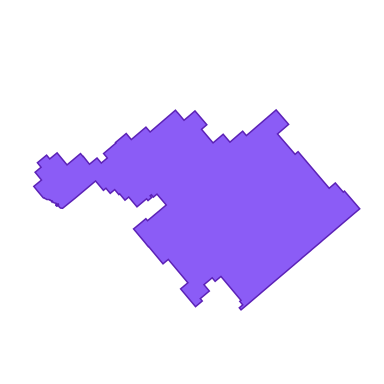 Leonora, Western Australia, Australia (Albers equal-area conic projection), rotated 140°
{"feature_id": "25037944B70988604830145", "entity_name": "Leonora", "entity_type": "district", "adm_level": 2, "iso_a3": "AUS", "parent_name": "Australia", "parent_adm1": "Western Australia", "projection": "albers", "projection_center": [121.72, -28.394], "detail": "fine", "context": "isolated", "style": "filled", "palette": "violet", "viewbox_px": 384, "rotation_deg": 140, "n_neighbors": 0, "source": "geoboundaries", "source_scale": "gbopen_adm2", "svg_char_len": 3269}
<svg xmlns="http://www.w3.org/2000/svg" viewBox="0 0 384 384"><g transform="rotate(140 192 192)"><path d="M230.2,70.2L227.8,70.2L222.6,70.2L210.8,70.3L187.1,70.5L166.9,70.6L152.6,70.7L151.1,70.7L150.1,70.8L147.7,70.8L145.2,70.8L144.2,70.8L142.8,70.8L141.8,70.8L140.3,70.8L139.3,70.8L136.8,70.9L135.9,70.9L135.4,70.9L134.9,70.9L133.9,70.9L131.4,70.9L128.5,70.9L126.0,70.9L123.1,71.0L120.6,71.0L120.3,71.0L120.1,71.0L82.7,71.3L74.3,71.3L74.6,94.7L76.2,94.7L76.4,106.8L84.5,106.7L84.5,109.3L84.6,121.1L84.8,154.2L84.8,154.7L86.4,154.7L87.2,154.6L88.8,154.6L89.2,181.5L74.5,181.7L74.6,188.6L74.8,200.5L74.8,200.8L96.4,200.5L97.2,200.5L110.1,200.3L114.1,200.3L114.1,206.0L118.4,206.0L130.9,205.8L131.0,216.2L144.3,216.1L144.4,233.9L137.4,234.0L137.6,252.2L146.0,252.1L150.4,252.1L152.0,252.1L152.0,261.2L152.1,262.8L152.1,264.4L152.1,265.3L185.5,264.9L185.6,271.3L204.8,271.2L204.8,279.1L207.3,279.1L208.9,279.1L210.5,279.1L212.1,279.1L212.8,279.1L213.1,279.1L213.5,279.1L218.8,279.1L218.8,278.4L235.0,278.3L235.0,272.5L242.9,272.5L242.9,279.1L252.7,279.2L252.4,289.2L252.7,289.2L252.7,293.1L270.3,293.1L270.2,308.7L279.7,308.8L279.7,313.7L291.6,313.8L291.7,308.0L293.7,308.0L299.5,308.0L299.5,306.7L299.6,297.9L309.6,298.0L309.7,291.4L309.7,289.7L309.7,287.7L309.7,283.4L309.5,282.7L308.9,282.4L308.9,281.7L308.5,280.8L308.2,280.2L308.2,279.9L308.0,279.5L307.4,279.0L307.0,278.6L306.5,278.2L306.1,277.8L305.9,277.5L306.2,277.2L306.1,276.9L305.7,276.5L305.4,275.7L305.6,275.6L305.7,275.2L305.7,274.8L305.4,275.1L305.4,275.5L305.2,275.5L305.0,275.4L304.9,275.2L304.9,274.6L305.0,274.4L305.1,274.1L305.0,273.6L304.7,272.6L304.1,271.6L303.5,270.9L303.3,270.5L303.1,270.0L303.1,269.7L303.4,269.7L304.1,269.8L304.5,269.8L304.9,269.4L304.9,269.2L304.8,268.9L304.6,268.7L304.7,268.3L304.7,268.0L304.6,267.9L304.3,267.9L304.3,268.2L304.5,268.4L304.5,268.7L304.6,269.1L304.4,269.4L303.9,269.6L303.7,269.4L303.8,269.2L304.1,269.3L304.1,268.7L304.1,268.3L303.9,268.0L303.7,268.1L303.5,268.4L303.6,268.6L303.6,268.8L303.6,269.1L303.5,269.4L303.0,269.2L302.7,269.1L302.4,268.8L302.1,268.7L302.2,268.4L302.5,268.1L302.7,268.3L302.7,268.6L302.9,268.6L303.0,268.3L302.8,268.0L302.8,267.7L303.3,267.5L303.3,267.0L303.2,266.6L303.3,265.6L303.1,265.0L303.1,264.5L303.1,264.3L302.8,264.0L302.2,263.3L301.8,262.9L301.7,262.8L301.6,262.7L285.8,262.4L282.9,262.4L269.1,262.4L260.8,262.4L258.8,262.4L258.8,258.5L258.8,250.2L255.5,250.2L255.5,243.5L252.2,243.5L249.7,243.5L249.7,237.0L248.6,237.0L248.6,228.8L243.7,228.8L243.7,216.0L231.2,216.0L231.2,213.7L226.5,213.7L226.5,216.0L224.9,216.0L224.9,212.9L220.2,212.9L220.1,199.1L220.1,198.6L226.6,198.6L244.5,198.6L244.5,201.2L246.9,201.2L247.7,201.2L248.5,201.2L250.1,201.2L252.6,201.2L260.5,201.3L260.5,192.7L260.5,189.3L260.5,187.5L260.5,186.5L260.5,184.5L260.5,183.5L260.6,179.7L260.6,178.1L260.3,178.1L260.4,155.6L253.5,155.6L253.5,125.1L263.0,125.1L263.0,101.9L259.8,101.9L254.2,101.9L254.2,105.0L242.9,105.0L242.6,105.0L242.4,105.0L242.4,108.7L242.4,113.3L240.9,113.3L239.5,113.3L238.0,113.3L237.0,113.3L235.6,113.3L234.6,113.3L233.1,113.3L231.7,113.3L231.7,108.7L229.9,108.7L225.4,108.7L224.6,108.7L224.1,108.7L224.1,87.5L224.1,77.5L225.7,77.5L225.7,72.9L230.2,72.9L230.2,70.2Z" fill="#8b5cf6" stroke="#5b21b6" stroke-width="1.5"/></g></svg>